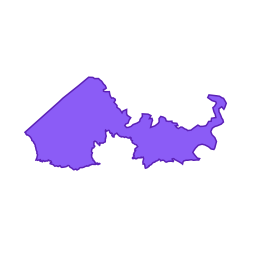 Melandra, Paphos, Cyprus, rotated 214°
{"feature_id": "46923920B99215363510988", "entity_name": "Melandra", "entity_type": "district", "adm_level": 2, "iso_a3": "CYP", "parent_name": "Cyprus", "parent_adm1": "Paphos", "projection": "mercator", "projection_center": [32.531, 34.989], "detail": "fine", "context": "isolated", "style": "filled", "palette": "violet", "viewbox_px": 256, "rotation_deg": 214, "n_neighbors": 0, "source": "geoboundaries", "source_scale": "gbopen_adm2", "svg_char_len": 5352}
<svg xmlns="http://www.w3.org/2000/svg" viewBox="0 0 256 256"><g transform="rotate(214 128 128)"><path d="M62.6,128.6L63.4,130.6L63.3,132.0L61.9,133.7L60.4,134.7L57.8,137.1L55.6,137.9L53.7,139.5L52.3,140.5L51.4,141.0L51.5,142.7L53.6,141.8L55.4,142.3L57.2,142.8L60.6,144.0L60.8,145.3L60.8,149.0L60.1,152.9L59.2,154.1L57.5,156.0L54.7,157.0L50.7,157.5L47.4,157.1L44.8,158.2L44.9,160.0L46.0,163.1L47.1,166.3L50.7,168.6L54.6,169.4L57.3,171.2L58.0,174.9L56.9,177.7L55.1,179.9L52.9,183.3L52.2,186.3L54.1,188.0L55.6,188.5L58.8,190.7L61.7,192.4L63.4,194.7L62.2,198.0L59.0,197.1L59.2,199.1L60.3,203.4L61.7,204.2L65.4,206.0L66.9,205.6L69.9,205.5L72.2,204.4L76.9,202.0L79.4,200.7L78.9,197.8L73.6,197.7L70.0,198.8L68.6,198.0L68.4,194.3L69.0,192.3L65.9,189.6L63.2,188.0L61.0,185.8L64.2,182.8L62.9,180.1L64.8,178.5L64.5,175.6L64.7,173.4L66.8,171.3L69.0,169.7L70.4,169.6L71.7,169.5L73.5,164.7L74.6,161.4L77.2,159.2L78.5,159.5L80.4,159.0L83.5,159.0L84.8,158.3L86.0,155.7L87.9,155.6L89.9,156.3L88.0,157.9L90.1,159.2L91.5,158.5L92.9,157.6L94.5,157.2L95.4,158.2L98.2,156.1L100.2,155.2L102.4,156.9L104.7,156.8L107.3,155.9L107.5,153.1L105.6,150.5L105.6,148.6L106.9,144.8L109.6,141.1L111.6,146.5L111.9,148.0L113.5,149.4L115.5,147.7L115.9,151.1L119.1,150.7L124.1,147.7L122.5,145.6L122.8,142.1L122.0,139.9L123.2,137.2L125.7,133.7L126.3,131.1L128.0,128.7L129.5,127.6L132.0,128.2L132.1,130.1L130.7,132.1L131.5,135.1L131.5,138.1L135.7,138.1L137.2,139.1L139.5,142.6L141.6,139.3L141.4,137.2L145.4,138.9L148.7,138.9L149.7,140.5L154.0,141.5L154.0,143.9L154.7,144.7L157.1,144.7L158.4,143.6L160.2,144.4L162.0,145.8L163.8,147.7L167.1,145.4L168.8,144.8L169.8,146.1L168.7,147.6L168.3,148.9L169.3,149.6L170.6,150.4L173.0,150.8L174.8,151.6L176.3,152.1L177.6,152.1L180.1,152.5L183.3,150.3L185.4,150.3L189.0,148.1L192.6,135.6L198.7,116.2L199.9,110.7L211.2,66.2L210.9,66.7L210.0,66.8L209.8,66.5L208.9,65.8L208.2,65.9L207.9,65.7L207.7,66.0L205.6,66.2L204.4,66.0L203.4,65.7L201.7,64.9L200.7,63.9L199.8,63.9L198.6,63.8L198.0,63.0L197.0,62.9L196.7,62.7L195.1,61.7L194.7,61.0L193.4,60.1L193.1,59.7L191.8,58.4L190.1,57.3L189.4,56.0L188.4,55.5L188.0,55.2L187.1,52.8L186.6,51.7L186.7,51.0L186.4,50.0L186.0,50.4L184.9,50.6L184.4,51.3L183.5,51.9L183.5,52.0L183.0,52.7L182.6,52.5L182.7,51.5L182.4,51.4L182.0,51.5L181.8,52.3L180.2,52.0L180.0,52.5L180.2,53.5L179.8,53.7L178.2,53.8L177.7,54.7L176.1,55.8L176.2,56.9L175.9,57.1L174.6,56.9L173.8,57.5L173.2,57.4L172.3,56.8L172.8,56.2L172.9,55.3L172.6,54.9L169.5,55.8L167.3,55.4L166.0,56.7L164.9,56.8L163.9,57.4L163.8,58.4L163.2,58.8L161.6,58.2L160.9,58.3L159.1,59.9L157.9,61.1L157.2,62.1L157.0,63.1L156.3,63.6L155.5,63.8L154.7,63.3L154.0,63.1L153.0,63.2L152.2,63.3L149.8,63.0L149.5,63.2L148.2,64.8L146.8,64.7L145.8,66.6L145.8,67.7L145.5,68.2L144.8,69.0L144.0,69.3L143.4,70.0L142.6,70.9L142.2,72.0L141.5,72.6L141.1,73.2L141.1,73.5L140.3,73.7L139.2,74.7L139.3,75.5L139.1,75.6L138.3,76.5L137.5,77.8L136.2,78.6L134.7,79.5L133.7,80.8L133.3,81.0L132.4,80.9L132.1,81.7L131.4,82.2L131.3,82.6L131.5,82.7L131.9,82.6L132.1,82.4L132.6,81.7L133.6,81.9L135.1,80.7L135.8,80.9L136.1,80.8L136.4,81.3L137.7,81.6L138.2,82.0L138.8,81.7L139.8,82.6L141.8,83.5L142.4,84.3L142.7,84.9L143.1,85.1L143.4,85.6L143.3,86.4L143.7,87.6L144.4,87.6L145.0,87.9L146.1,90.0L146.0,90.5L146.4,91.4L145.4,92.2L145.4,94.4L146.6,94.6L148.5,97.5L148.1,98.6L147.7,98.4L146.9,98.8L146.4,98.8L145.7,98.6L145.4,98.4L144.8,98.0L144.5,97.9L143.9,98.2L143.3,98.2L142.8,98.1L142.4,97.7L141.8,97.7L141.9,98.4L142.4,98.8L143.0,99.9L142.1,100.2L141.8,100.5L141.2,101.0L140.2,101.5L139.9,102.5L139.1,103.8L141.0,106.9L140.8,107.3L141.2,107.9L141.5,109.1L143.3,110.7L143.9,111.7L145.1,113.0L145.4,113.7L144.6,113.7L144.4,113.4L144.1,113.2L143.4,114.3L142.7,115.3L142.1,115.4L141.3,114.9L140.7,114.2L139.4,113.8L138.9,114.5L138.1,114.6L137.7,113.6L137.1,112.7L136.7,112.7L136.1,112.4L135.4,112.3L134.6,112.7L135.1,113.7L135.7,114.2L135.3,115.0L135.3,115.9L134.7,116.7L134.6,117.3L134.2,117.4L133.9,117.5L133.1,116.9L131.8,116.9L131.1,116.6L130.2,116.6L129.9,116.7L129.0,117.1L128.6,116.8L127.5,117.9L126.9,118.1L125.5,118.3L125.1,119.2L124.7,119.5L123.9,119.5L122.6,119.7L121.3,120.3L121.2,121.4L120.9,121.6L120.2,121.6L119.7,121.4L119.7,120.6L118.7,119.8L118.0,119.8L117.3,120.0L117.0,118.9L116.7,118.6L115.7,118.2L114.8,118.4L113.0,118.3L111.8,118.8L111.5,118.7L110.9,118.6L109.9,118.0L109.5,117.9L110.5,114.7L109.9,113.4L109.3,113.6L109.3,113.2L109.1,113.1L109.1,111.5L108.9,110.4L108.5,110.1L108.7,109.3L108.1,108.5L107.7,108.6L107.4,108.5L107.1,107.2L107.6,106.4L107.6,105.8L107.5,105.5L107.0,105.3L106.8,105.6L106.3,105.7L105.9,106.2L105.5,106.9L104.7,106.7L103.6,107.4L103.6,107.6L103.5,108.1L103.1,108.8L101.0,110.2L100.9,111.1L100.3,111.4L100.0,111.1L99.0,112.3L97.8,111.2L96.7,108.2L95.3,106.5L94.4,107.3L93.3,106.6L92.4,105.6L91.9,105.0L91.1,104.4L90.8,104.7L90.1,105.5L89.1,108.0L89.5,108.4L88.2,110.8L88.1,112.2L87.7,113.7L87.0,114.3L86.5,115.3L86.6,115.7L85.5,117.1L84.9,118.4L84.9,119.4L84.3,119.6L84.0,119.4L82.9,119.5L82.6,119.1L81.3,120.7L80.8,120.9L80.5,121.1L80.1,121.2L79.1,121.1L78.4,120.9L77.4,121.0L76.8,121.5L76.7,121.8L75.8,123.0L74.7,123.8L73.6,124.7L72.5,125.1L71.8,125.4L71.9,126.2L72.4,126.3L73.1,126.6L73.7,126.7L74.1,127.0L73.5,127.9L72.6,128.2L71.4,128.0L69.9,128.2L66.6,128.6L65.9,128.6L64.5,128.7L63.5,128.7L62.6,128.6Z" fill="#8b5cf6" stroke="#5b21b6" stroke-width="1.5"/></g></svg>